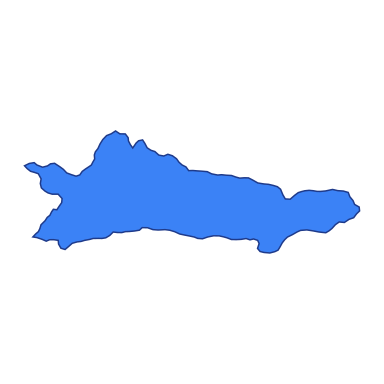 the district of Nova União, Minas Gerais, Brazil, rotated 91°
{"feature_id": "56859067B33614393926372", "entity_name": "Nova União", "entity_type": "district", "adm_level": 2, "iso_a3": "BRA", "parent_name": "Brazil", "parent_adm1": "Minas Gerais", "projection": "albers", "projection_center": [-43.572, -19.623], "detail": "fine", "context": "isolated", "style": "filled", "palette": "blue", "viewbox_px": 384, "rotation_deg": 91, "n_neighbors": 0, "source": "geoboundaries", "source_scale": "gbopen_adm2", "svg_char_len": 2484}
<svg xmlns="http://www.w3.org/2000/svg" viewBox="0 0 384 384"><g transform="rotate(91 192 192)"><path d="M236.1,193.4L237.0,188.9L238.3,185.5L238.6,180.7L236.7,175.5L235.4,169.6L235.4,164.0L236.3,159.6L237.2,156.2L238.8,151.8L238.8,146.8L238.5,142.1L237.6,137.1L238.8,133.2L237.9,129.6L239.2,125.5L242.4,124.0L247.3,125.5L250.3,122.9L251.2,119.0L251.6,113.1L250.2,108.1L248.6,104.9L245.3,103.0L241.3,100.9L238.1,98.5L235.4,95.8L232.9,90.9L230.1,86.2L228.5,82.8L227.9,76.5L228.8,70.0L229.7,64.9L230.1,61.1L230.4,57.5L228.3,54.1L226.0,51.4L222.1,48.0L219.4,44.3L219.8,39.1L216.6,34.5L214.9,29.9L211.0,27.1L208.0,24.1L204.1,24.6L201.6,29.2L197.7,30.9L194.0,34.1L189.7,35.8L188.4,40.7L188.1,46.3L187.0,51.5L188.6,58.4L189.2,63.6L189.2,67.1L188.6,70.9L188.3,74.9L188.8,79.2L189.7,82.6L190.8,85.8L193.6,89.4L197.5,93.7L197.3,98.6L193.2,101.1L187.7,103.5L185.2,106.7L184.0,110.9L183.0,115.6L182.7,120.2L181.8,126.4L179.0,131.5L176.9,135.8L176.9,140.1L177.3,144.5L176.2,148.7L174.8,152.8L174.6,158.2L174.2,162.8L174.6,166.6L173.5,172.7L171.4,177.1L171.0,182.7L170.8,187.1L170.5,191.5L170.7,195.7L167.0,198.5L165.2,202.3L162.5,205.5L159.1,208.0L156.1,212.2L154.7,216.8L156.5,220.8L155.7,225.8L152.2,229.8L151.0,233.8L148.6,237.6L144.2,240.0L140.8,242.3L141.7,246.3L144.0,248.7L149.0,252.0L145.8,254.4L142.1,256.4L138.8,256.8L135.1,259.7L135.1,265.2L132.3,269.5L135.2,273.8L137.1,278.4L141.1,282.1L145.6,284.8L150.2,286.8L153.5,289.3L156.7,290.3L160.7,289.9L163.7,291.6L166.8,293.1L168.8,295.9L170.7,298.7L173.3,302.1L176.9,304.5L178.2,308.2L176.7,313.1L175.1,317.6L171.6,321.0L169.1,324.5L165.7,329.9L166.3,334.0L168.4,336.9L169.8,341.8L167.7,347.5L165.4,350.3L166.3,355.2L168.7,359.9L171.6,357.1L174.1,353.8L175.2,349.7L176.4,346.0L181.5,343.1L186.2,343.8L190.5,342.7L193.6,339.1L195.4,336.0L196.6,331.8L196.5,325.8L200.8,321.8L204.9,322.1L208.6,324.6L212.1,326.8L211.7,330.3L214.4,332.1L217.8,333.7L219.9,336.3L223.3,338.4L227.4,342.4L231.3,343.5L234.3,344.9L236.6,347.5L239.7,350.3L240.3,346.2L242.0,340.9L243.7,336.9L242.2,333.5L242.1,329.3L242.7,324.9L246.4,324.5L250.5,322.1L251.7,317.9L248.8,314.6L245.4,310.9L243.9,306.0L243.4,302.2L242.2,298.4L241.2,293.5L240.2,290.1L240.0,284.8L240.0,281.2L239.3,277.4L236.9,273.5L233.4,270.1L233.8,265.9L233.8,261.4L232.8,258.0L232.6,254.2L232.0,248.9L231.1,243.9L228.5,241.2L228.5,235.8L230.3,230.4L230.6,225.1L230.1,218.3L230.6,213.6L232.0,208.6L234.2,203.6L235.2,198.5L236.1,193.4Z" fill="#3b82f6" stroke="#1e3a8a" stroke-width="1.5"/></g></svg>